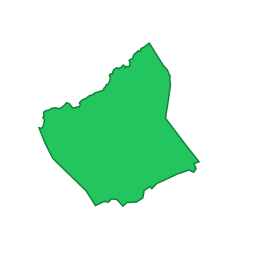 Highland, Virginia, United States of America, rotated 33°
{"feature_id": "52423323B76266562550307", "entity_name": "Highland", "entity_type": "district", "adm_level": 2, "iso_a3": "USA", "parent_name": "United States of America", "parent_adm1": "Virginia", "projection": "mercator", "projection_center": [-79.655, 38.386], "detail": "fine", "context": "isolated", "style": "filled", "palette": "green", "viewbox_px": 256, "rotation_deg": 33, "n_neighbors": 0, "source": "geoboundaries", "source_scale": "gbopen_adm2", "svg_char_len": 1695}
<svg xmlns="http://www.w3.org/2000/svg" viewBox="0 0 256 256"><g transform="rotate(33 128 128)"><path d="M53.2,176.3L66.6,185.8L81.6,194.5L127.1,203.5L142.9,210.8L148.0,202.6L152.0,200.8L152.7,196.4L157.9,194.0L166.3,196.4L167.7,191.1L175.3,185.6L178.5,178.6L175.6,171.6L178.3,165.3L181.0,165.9L182.3,159.1L193.9,140.5L202.0,130.0L207.2,129.3L207.2,124.9L202.7,121.8L206.0,117.7L187.7,111.5L154.1,99.4L146.8,83.0L140.0,68.4L136.7,64.8L136.3,64.1L136.2,63.5L135.1,61.6L134.9,61.4L134.7,61.2L133.3,60.6L129.2,57.8L125.8,56.9L124.1,56.6L99.6,45.2L97.4,51.3L96.8,52.6L96.4,52.8L95.7,54.9L96.0,55.4L96.4,56.9L95.4,57.7L94.6,57.5L93.3,62.1L93.1,64.6L94.0,66.6L93.4,68.3L92.1,70.5L92.5,71.0L93.1,71.3L94.1,72.3L95.3,74.6L95.5,75.9L95.1,76.4L94.4,76.5L93.8,76.9L93.4,77.3L93.3,77.7L92.9,79.0L91.7,77.9L89.8,77.8L89.4,78.8L89.4,80.3L88.9,81.6L87.2,83.7L86.3,83.4L86.0,83.5L85.3,84.4L84.3,87.3L84.5,88.3L85.0,89.6L85.6,89.8L85.4,90.9L85.0,91.1L83.9,92.2L83.7,92.6L83.9,94.3L85.0,94.6L86.4,96.8L87.1,98.8L87.2,99.5L87.3,102.1L87.0,102.5L86.2,103.8L86.9,105.3L86.3,106.5L86.2,107.8L86.4,108.8L86.7,109.2L86.8,109.8L81.5,116.1L80.7,117.6L80.7,118.6L79.5,120.4L78.1,121.8L76.4,126.7L75.2,127.7L74.1,130.4L73.5,133.2L73.9,133.7L74.8,133.9L75.1,134.2L75.4,136.1L75.5,137.0L75.4,137.3L75.0,137.7L74.3,137.8L73.4,138.5L72.6,139.9L70.7,141.0L69.6,141.0L66.0,139.6L65.4,139.6L63.2,140.0L62.3,141.2L62.6,142.3L61.5,145.9L60.5,148.4L58.5,150.0L56.4,150.3L53.1,153.3L52.5,155.0L52.1,155.8L50.7,157.1L49.2,158.9L48.8,160.0L48.8,160.7L49.6,162.1L50.7,163.3L50.9,164.1L51.1,165.9L52.6,165.9L53.4,166.7L55.2,170.3L55.9,173.5L55.5,175.3L55.1,175.8L53.2,176.3Z" fill="#22c55e" stroke="#15803d" stroke-width="1.5"/></g></svg>